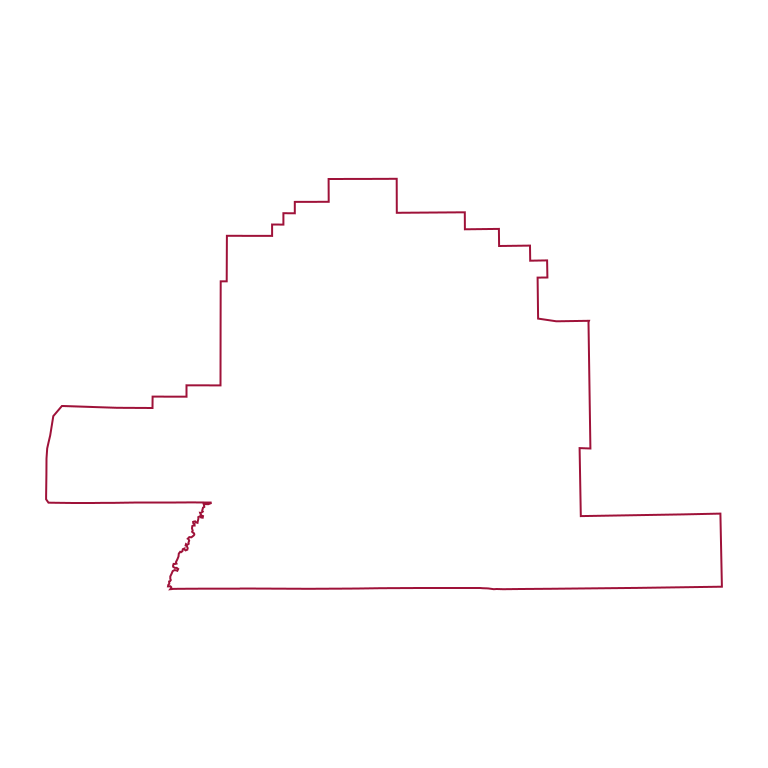 Big Horn, Montana, United States of America (orthographic projection)
{"feature_id": "52423323B41893825317472", "entity_name": "Big Horn", "entity_type": "district", "adm_level": 2, "iso_a3": "USA", "parent_name": "United States of America", "parent_adm1": "Montana", "projection": "orthographic", "projection_center": [-107.953, 45.519], "detail": "fine", "context": "isolated", "style": "outline", "palette": "rose", "viewbox_px": 768, "rotation_deg": 0, "n_neighbors": 0, "source": "geoboundaries", "source_scale": "gbopen_adm2", "svg_char_len": 2258}
<svg xmlns="http://www.w3.org/2000/svg" viewBox="0 0 768 768"><path d="M716.0,513.7L683.0,514.4L580.8,516.1L579.6,448.1L590.4,448.5L588.5,322.3L589.0,320.8L556.4,321.3L538.1,318.6L537.6,277.6L547.4,277.5L547.1,260.4L530.2,260.7L530.0,245.6L499.1,246.0L498.9,228.9L464.9,229.3L464.8,212.3L396.8,212.8L396.7,178.8L373.0,178.9L328.6,179.0L328.7,201.8L294.8,201.9L294.8,213.3L283.4,213.2L283.4,224.6L272.1,224.5L272.1,235.9L226.9,235.8L226.7,281.3L220.7,281.3L220.6,321.5L220.5,385.4L186.5,385.3L186.5,396.7L152.6,396.6L152.5,408.0L117.0,407.8L62.0,406.0L61.9,406.0L60.2,408.0L53.3,416.1L50.2,435.4L48.8,441.3L47.2,448.4L46.5,458.6L46.4,474.8L46.1,496.4L46.1,499.3L48.5,502.7L50.4,502.7L57.1,502.8L73.4,503.0L87.4,503.0L92.2,503.0L100.4,502.9L111.2,502.9L124.1,502.7L138.4,502.5L150.2,502.5L159.3,502.5L176.2,502.5L191.9,502.4L204.1,502.5L210.7,502.5L210.8,503.2L208.3,504.2L205.8,504.1L203.7,504.2L203.9,504.8L204.3,506.9L203.0,507.7L202.2,510.7L202.8,511.6L200.9,512.9L200.1,512.8L200.5,514.0L201.7,515.7L203.0,516.1L202.7,517.7L201.1,517.5L199.8,516.3L198.3,517.1L198.4,518.6L197.7,521.6L197.5,522.8L195.9,522.3L195.3,521.4L194.1,521.5L193.1,521.9L193.3,523.2L194.5,523.9L194.6,525.5L193.3,525.5L192.3,526.0L192.0,528.3L192.7,530.7L192.1,531.8L193.2,532.8L194.1,533.4L194.3,534.7L193.6,535.6L191.4,537.3L189.3,537.1L187.8,538.7L188.5,539.1L189.2,540.7L188.5,542.5L188.7,543.8L187.2,544.9L186.0,544.1L185.6,545.5L186.8,546.1L187.7,548.1L187.3,549.7L185.6,550.4L184.3,549.3L184.4,548.5L182.8,549.2L182.4,551.2L181.0,552.2L180.2,551.8L178.8,553.6L178.5,556.5L177.4,559.2L175.9,562.2L176.5,563.6L174.9,564.0L173.6,563.9L173.1,565.5L173.1,566.7L174.8,567.9L176.7,567.9L178.2,569.0L177.3,570.8L176.3,570.4L174.5,570.1L172.7,571.1L171.6,573.7L170.3,576.4L170.3,578.9L170.8,580.0L170.0,581.2L169.1,581.5L169.2,582.5L169.3,583.7L168.3,584.9L168.0,586.4L169.1,586.4L170.4,586.3L171.3,587.3L171.0,588.3L170.3,589.2L173.4,588.9L178.9,588.8L198.1,588.7L239.4,588.7L240.3,588.5L264.2,588.6L308.9,588.8L348.3,588.6L348.5,588.6L359.5,588.5L380.7,588.2L419.8,588.0L480.1,588.0L482.5,588.2L488.0,588.4L493.8,589.2L496.6,589.0L503.3,589.2L520.9,589.0L547.2,588.8L548.3,588.8L637.8,587.9L721.9,586.7L720.4,513.6L716.0,513.7Z" fill="none" stroke="#9f1239" stroke-width="2"/></svg>